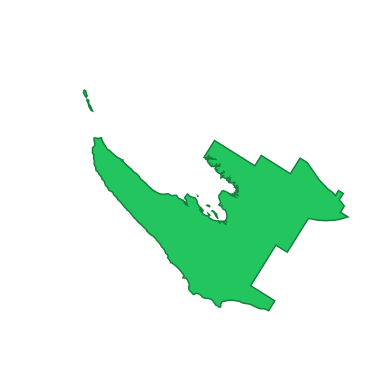 outline of Exmouth, Western Australia, Australia, rotated 302°
{"feature_id": "25037944B77099976714827", "entity_name": "Exmouth", "entity_type": "district", "adm_level": 2, "iso_a3": "AUS", "parent_name": "Australia", "parent_adm1": "Western Australia", "projection": "equal_earth", "projection_center": [114.188, -22.318], "detail": "fine", "context": "isolated", "style": "filled", "palette": "green", "viewbox_px": 384, "rotation_deg": 302, "n_neighbors": 0, "source": "geoboundaries", "source_scale": "gbopen_adm2", "svg_char_len": 6102}
<svg xmlns="http://www.w3.org/2000/svg" viewBox="0 0 384 384"><g transform="rotate(302 192 192)"><path d="M227.7,183.8L228.0,184.4L228.0,185.5L228.9,186.5L230.1,186.9L231.0,186.6L232.3,186.9L231.5,187.0L230.4,188.5L230.7,189.0L230.7,189.7L231.1,189.8L231.5,190.4L231.3,190.9L231.2,190.1L230.6,189.9L230.8,191.8L231.8,192.9L232.3,194.3L232.2,194.7L231.2,192.8L230.4,192.0L230.0,189.3L227.9,187.4L227.5,187.9L228.9,189.3L226.6,188.4L225.3,190.5L225.5,191.4L226.8,192.7L225.8,191.8L225.0,191.8L224.6,192.4L224.0,195.0L224.2,195.3L225.1,195.3L224.6,195.7L224.9,196.8L226.5,198.1L228.3,198.0L229.5,197.5L227.6,198.7L227.5,199.3L229.1,200.7L230.2,200.5L230.8,201.6L230.2,200.7L228.8,200.9L228.4,200.4L228.5,201.1L229.8,201.8L228.9,201.6L229.1,202.6L228.7,201.6L226.5,199.4L224.3,198.9L223.6,199.5L224.1,201.5L224.5,201.9L225.3,201.8L224.4,202.1L223.4,200.7L222.8,201.0L222.2,203.5L222.3,206.4L223.5,206.6L225.7,208.5L226.2,208.1L226.3,208.5L224.9,208.4L225.3,209.2L223.7,207.7L221.8,207.4L221.5,207.8L222.0,210.0L223.0,210.1L222.3,210.4L221.2,210.0L221.1,212.0L221.5,214.0L223.1,215.0L223.1,215.4L223.9,215.6L223.2,215.8L222.4,215.1L220.5,215.0L220.3,215.6L220.5,216.6L221.3,217.2L223.5,217.6L222.6,218.0L221.4,217.6L221.6,219.1L220.8,217.6L219.9,217.5L219.6,218.1L219.8,219.0L220.4,219.9L220.3,220.4L220.8,220.5L221.4,221.4L221.1,222.2L222.7,222.7L223.3,224.0L222.0,222.9L220.1,223.0L219.8,225.5L219.1,225.4L220.0,226.6L220.7,226.7L220.2,226.9L220.5,227.2L218.7,226.1L218.4,226.8L218.6,227.9L220.1,228.5L219.3,228.8L218.4,228.3L217.1,228.4L219.1,230.0L217.8,229.4L218.0,230.1L217.6,230.4L217.5,229.5L216.8,228.9L216.7,229.7L216.4,229.5L216.6,231.0L216.4,230.7L216.2,231.2L216.0,229.2L215.6,230.5L214.2,228.3L213.3,230.0L213.6,231.4L214.1,232.0L214.2,232.5L213.7,231.9L213.4,232.1L213.3,233.8L213.3,231.1L212.8,229.8L213.1,228.8L212.3,229.2L212.0,227.8L211.3,228.3L210.8,226.1L210.3,227.8L211.0,230.0L210.7,231.5L210.5,230.9L210.8,229.8L210.0,228.1L210.0,225.7L210.5,222.6L209.8,218.0L208.4,216.8L205.5,217.2L204.3,216.5L202.8,216.9L201.1,218.0L199.7,220.3L197.8,221.9L195.4,221.5L195.1,222.7L195.3,223.5L196.2,224.1L196.2,224.8L195.6,224.4L194.2,226.7L193.9,227.8L194.4,229.7L193.6,231.0L191.7,233.2L189.6,234.8L187.2,235.5L185.2,235.4L185.4,237.5L185.0,236.9L185.1,236.2L184.7,235.3L184.3,236.3L184.3,235.4L183.7,234.0L182.9,235.2L182.6,236.7L183.0,238.0L182.6,238.4L182.8,238.0L182.5,237.2L182.5,236.0L182.8,234.8L183.4,234.3L183.0,232.9L182.5,233.8L182.6,231.8L182.0,231.5L181.3,230.5L180.9,231.9L179.7,232.8L180.9,231.6L181.2,230.2L181.8,229.9L180.5,228.2L179.2,224.7L179.3,220.7L180.2,218.2L179.3,216.2L179.2,212.7L180.2,211.1L182.1,211.4L183.1,208.8L181.8,209.8L180.4,209.4L181.2,208.8L181.6,209.3L182.0,209.0L182.1,208.6L181.3,208.0L181.9,207.8L182.1,208.2L182.9,207.4L185.1,202.5L186.6,201.4L188.0,199.7L188.1,198.4L188.6,197.6L187.7,195.0L187.3,191.8L188.0,189.6L187.9,189.1L183.5,188.8L182.6,189.5L182.5,191.0L180.9,192.6L180.1,192.8L179.6,193.6L179.6,193.0L179.2,192.5L179.0,194.3L178.5,194.2L178.2,195.0L178.0,193.7L178.4,191.6L179.1,190.9L179.9,191.4L179.9,189.5L180.3,188.9L179.7,188.3L180.0,187.2L179.5,184.1L179.9,182.5L180.8,181.3L180.9,180.4L178.3,176.7L177.8,174.9L178.1,174.2L177.8,172.7L174.5,168.2L173.3,165.6L172.9,161.1L173.1,159.9L172.6,157.8L173.3,156.0L174.1,150.5L174.8,148.9L176.0,141.0L177.1,139.3L178.1,135.7L178.2,132.0L178.8,129.5L179.3,128.9L179.6,125.7L180.7,119.6L181.7,116.7L182.2,116.6L182.4,116.4L181.7,116.2L182.1,116.0L182.6,116.6L182.4,116.0L181.8,115.5L182.1,113.5L181.8,109.7L183.5,99.4L183.4,97.4L187.7,89.0L190.0,86.5L187.6,84.0L186.6,81.1L185.9,80.4L185.3,80.5L180.7,84.6L178.7,84.9L177.0,84.1L172.4,86.8L171.3,89.2L169.0,90.2L166.0,93.3L165.5,93.2L163.8,94.2L162.3,96.7L159.3,99.3L159.2,101.0L158.8,102.4L157.9,103.5L156.9,106.8L155.3,108.7L154.4,112.4L153.6,112.9L151.9,115.1L151.3,117.6L150.8,118.0L151.0,119.2L149.7,119.8L149.4,121.2L149.8,122.6L149.6,125.2L148.3,126.9L147.6,130.5L147.3,130.6L147.2,131.6L146.3,133.0L145.6,136.9L143.4,143.0L142.9,145.7L142.3,146.1L142.4,147.7L141.9,150.1L139.2,157.2L139.2,158.4L137.9,162.6L137.5,165.3L137.7,166.2L137.4,166.2L136.2,171.1L136.1,172.7L135.5,173.9L135.0,174.1L135.2,174.7L134.4,176.2L133.8,180.3L134.0,181.3L133.9,183.1L133.2,186.0L132.5,187.1L131.3,191.7L129.5,195.3L129.3,196.7L128.1,199.6L126.0,202.4L125.7,204.6L124.6,206.0L123.4,206.1L122.1,209.5L120.9,211.2L120.8,211.8L121.2,212.7L120.5,218.9L119.1,224.3L116.8,229.6L116.1,229.9L115.0,229.5L114.4,229.7L115.8,232.6L115.4,234.2L112.1,239.0L111.0,239.4L110.3,239.1L107.8,240.9L107.0,242.9L106.0,246.9L106.0,247.9L108.0,249.0L109.1,250.7L109.2,254.2L108.4,256.4L108.3,257.4L109.1,259.9L110.3,262.0L111.1,264.9L111.0,266.8L108.7,272.1L109.1,274.6L108.6,275.9L109.7,277.2L112.4,275.7L114.7,275.5L119.6,280.4L121.9,284.1L124.4,290.2L124.8,293.5L125.4,295.6L127.0,299.1L127.9,302.2L128.0,305.0L128.8,310.2L129.2,311.8L131.5,315.7L131.9,319.9L143.6,319.9L143.6,291.4L191.4,291.3L191.4,304.7L231.3,304.7L235.0,314.2L238.6,320.6L243.2,327.3L247.0,331.6L253.5,337.5L253.5,328.6L260.8,328.6L263.4,321.1L270.9,321.1L270.9,315.5L265.0,315.5L266.2,311.3L266.6,305.2L269.7,293.4L277.4,275.7L278.0,273.5L278.0,265.7L259.6,265.7L259.7,231.4L247.5,231.4L247.6,183.8L227.7,183.8ZM208.0,64.8L210.6,61.1L212.5,57.2L214.2,56.5L215.2,55.4L214.9,54.8L214.9,54.0L213.9,54.4L212.2,56.9L209.8,59.4L207.8,63.2L208.0,64.8ZM216.3,52.1L216.7,51.8L218.0,52.3L218.9,50.8L221.5,48.3L221.4,46.8L220.8,46.5L218.9,47.2L217.1,49.9L216.4,51.2L216.3,52.1ZM186.6,221.0L183.7,226.1L183.2,228.2L185.0,225.4L186.2,224.9L186.5,222.4L187.1,221.3L186.9,220.4L187.1,219.3L186.5,219.0L186.6,221.0ZM189.0,214.7L189.6,214.1L189.3,212.3L188.5,211.7L188.4,212.3L188.8,212.9L188.6,214.4L189.0,214.7ZM220.6,209.9L220.7,209.3L220.2,209.2L219.9,208.5L219.1,209.2L220.6,209.9ZM181.7,217.9L181.5,220.0L181.8,219.5L181.7,218.9L182.0,218.7L182.3,217.2L181.7,217.9ZM229.9,188.0L230.5,187.8L230.6,187.4L229.2,187.1L229.9,188.0ZM227.7,187.2L227.9,187.0L227.8,186.1L227.3,185.8L227.0,186.4L227.7,187.2ZM191.0,199.6L191.8,199.1L191.8,198.8L191.0,199.6Z" fill="#22c55e" stroke="#15803d" stroke-width="1.5"/></g></svg>